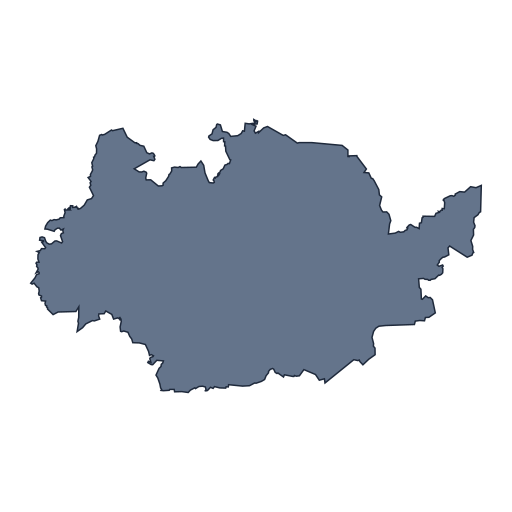 outline of Unión de San Antonio, Jalisco, Mexico
{"feature_id": "50627088B53477617701945", "entity_name": "Unión de San Antonio", "entity_type": "district", "adm_level": 2, "iso_a3": "MEX", "parent_name": "Mexico", "parent_adm1": "Jalisco", "projection": "albers", "projection_center": [-102.055, 21.158], "detail": "fine", "context": "isolated", "style": "filled", "palette": "slate", "viewbox_px": 512, "rotation_deg": 0, "n_neighbors": 0, "source": "geoboundaries", "source_scale": "gbopen_adm2", "svg_char_len": 5996}
<svg xmlns="http://www.w3.org/2000/svg" viewBox="0 0 512 512"><path d="M435.3,312.9L432.5,299.8L430.2,297.5L428.2,297.7L425.7,295.9L422.4,299.3L421.4,299.0L420.9,289.2L419.3,287.4L418.6,278.8L423.6,278.4L425.0,279.3L427.7,279.4L428.5,280.2L430.2,280.3L431.1,279.4L435.0,278.7L438.7,275.1L439.6,275.3L441.4,274.3L442.7,272.8L442.9,268.8L442.1,267.3L443.2,266.1L442.6,265.0L438.9,266.3L437.3,265.0L439.3,262.2L439.2,260.7L440.9,258.9L442.7,257.3L444.6,257.0L448.8,254.8L448.0,247.9L449.6,246.0L467.2,257.2L472.0,255.2L472.8,253.0L473.7,252.5L472.6,249.5L472.7,246.4L470.9,240.5L473.6,235.0L473.4,229.3L474.7,227.6L475.0,225.7L473.6,222.2L474.1,217.6L477.9,214.8L479.3,212.5L480.6,211.8L481.3,185.4L476.0,187.7L470.6,186.7L464.6,192.1L459.7,191.6L455.2,194.1L455.3,195.1L453.8,196.3L451.9,195.6L450.2,195.8L444.7,198.4L443.6,199.3L443.8,200.0L442.7,200.2L443.9,200.4L444.7,202.6L444.3,208.7L442.2,208.5L442.2,210.2L441.3,210.1L439.8,211.6L438.5,211.4L439.2,212.4L436.0,213.3L434.6,216.4L423.0,216.2L423.0,217.4L422.1,217.8L421.4,222.7L419.5,223.2L419.1,228.6L416.6,227.3L415.0,227.3L410.7,224.5L409.2,225.0L407.0,227.4L406.8,227.8L407.7,228.1L406.9,229.9L405.2,230.4L403.8,231.8L400.4,232.3L398.6,231.4L395.3,233.1L388.4,234.0L389.6,223.9L390.8,220.7L389.0,214.3L386.7,211.9L383.0,212.0L381.5,210.2L379.6,205.5L381.7,196.9L379.4,194.9L378.8,189.6L374.2,180.8L372.7,178.6L371.3,178.3L368.8,172.9L364.0,172.5L366.4,169.0L356.5,155.9L357.5,155.6L349.1,155.9L349.1,156.6L347.9,156.5L347.9,150.0L342.1,145.4L311.7,142.6L299.3,142.6L297.3,143.1L285.6,134.8L283.2,135.4L267.5,126.5L263.7,127.9L258.6,132.7L258.6,131.4L255.4,133.2L254.1,130.9L256.0,126.2L251.2,124.1L257.1,124.0L257.6,121.1L256.8,120.6L255.8,121.6L255.2,120.3L253.8,119.5L253.9,120.9L255.1,122.2L254.5,123.1L249.1,123.9L245.2,123.3L244.4,131.2L242.7,130.8L241.2,133.5L237.7,135.7L230.7,136.4L228.8,133.5L227.0,132.3L222.4,131.5L220.4,124.9L217.4,124.0L216.7,124.5L216.0,127.4L213.1,129.7L212.0,133.9L208.9,136.0L208.6,137.2L210.1,139.4L213.2,140.6L217.9,140.5L221.5,138.3L223.5,138.1L223.6,141.7L224.8,141.8L224.6,145.9L225.5,146.1L225.8,151.2L229.8,159.6L230.7,159.9L229.4,163.6L228.1,163.4L227.1,164.4L224.9,165.1L223.2,168.8L220.5,170.5L220.3,171.7L218.0,173.6L217.9,174.3L219.4,174.1L218.6,175.4L217.6,175.5L217.7,176.5L215.4,177.3L215.3,177.9L214.5,177.5L213.2,180.0L214.0,180.9L214.3,182.4L213.2,183.0L209.3,182.6L208.3,180.9L205.0,172.9L203.7,165.3L200.9,161.0L198.1,164.0L196.3,167.2L181.2,167.5L180.0,166.6L178.2,167.5L174.5,167.1L171.6,167.9L171.7,171.0L169.8,174.1L169.0,174.5L168.6,176.4L165.8,180.7L163.1,183.1L163.1,185.2L162.0,185.8L158.3,186.0L150.7,179.8L146.2,179.9L145.7,178.0L146.7,173.3L146.3,172.3L143.9,171.2L141.7,172.0L139.1,171.9L134.2,168.8L150.0,159.8L153.9,160.7L154.9,159.3L153.7,156.4L154.6,156.4L154.8,155.6L153.4,153.4L151.9,152.9L149.5,153.9L146.8,152.7L143.8,146.2L139.9,145.3L138.2,143.7L136.6,143.4L136.6,142.7L134.9,142.8L127.2,137.2L122.9,128.3L112.5,130.7L111.5,130.0L104.6,134.4L102.3,135.0L101.7,134.5L99.6,135.3L97.9,141.4L95.8,145.7L96.6,148.9L96.5,153.3L95.1,154.9L94.5,156.9L93.6,157.2L93.8,158.6L91.8,162.7L92.6,166.2L91.9,166.9L92.6,169.5L92.4,170.8L90.4,174.5L90.5,176.4L88.1,177.5L91.1,181.5L90.1,182.8L90.8,185.3L89.4,187.2L93.5,195.6L91.5,198.6L87.3,199.9L84.2,205.2L80.5,208.4L78.7,209.1L78.3,208.4L77.8,208.8L76.6,206.5L76.1,207.2L75.3,206.8L75.0,207.3L72.6,207.4L72.7,205.8L70.5,205.7L70.2,208.8L69.3,207.6L68.0,208.8L69.7,209.9L65.2,210.0L65.0,209.1L64.4,209.6L65.1,212.6L63.8,216.2L63.9,217.6L60.2,217.8L59.2,219.1L56.1,219.9L54.1,219.6L51.9,220.6L50.3,220.1L47.7,222.6L45.6,226.1L44.9,229.0L47.4,229.2L54.2,231.3L55.0,229.8L57.4,228.2L59.3,228.1L61.0,230.1L63.4,229.0L62.8,230.6L63.4,232.8L61.4,233.6L60.5,235.6L62.6,241.7L61.6,243.0L56.7,240.9L54.9,241.0L51.6,243.8L49.3,244.2L46.9,242.9L45.8,241.4L44.5,237.7L42.1,236.9L40.0,237.5L39.6,240.2L43.4,240.8L43.5,241.6L41.7,242.2L45.6,247.6L44.8,248.7L41.5,248.6L40.3,250.6L37.0,251.4L39.2,252.6L38.0,254.7L37.9,259.0L39.0,262.2L36.7,262.2L36.0,263.2L37.0,264.9L36.6,266.4L37.9,267.9L38.1,269.2L36.1,272.8L38.3,271.7L39.1,272.5L39.1,273.7L36.5,274.7L35.1,277.7L30.7,283.2L32.1,284.1L34.1,283.2L36.9,286.8L38.7,287.7L39.2,291.0L38.6,293.7L39.0,295.0L41.5,296.0L41.5,297.2L40.6,297.8L41.5,300.7L45.6,301.1L45.0,303.4L45.5,305.4L46.7,305.8L46.6,307.0L47.6,307.8L47.5,309.0L53.1,314.6L58.1,312.0L75.9,311.5L78.8,306.8L78.7,317.4L77.9,321.2L78.5,323.3L77.1,331.6L82.6,327.7L85.8,323.9L92.3,320.6L94.4,320.9L99.7,319.1L98.6,315.9L98.9,313.9L104.1,313.7L105.8,311.0L111.8,314.4L113.6,319.1L117.6,317.9L118.6,318.5L119.9,317.5L120.8,318.9L119.7,319.2L120.0,319.9L121.0,319.9L121.3,321.3L120.1,326.9L120.6,331.3L121.6,331.7L123.8,331.0L128.0,332.3L129.7,336.3L131.7,339.0L132.8,342.7L139.3,342.9L145.4,344.5L148.6,351.5L149.5,355.4L151.2,354.6L153.5,355.8L153.0,356.6L150.4,357.5L149.8,358.7L150.9,362.3L148.4,361.3L147.8,362.6L151.2,364.6L152.7,364.7L156.8,360.3L163.4,360.9L162.7,363.1L161.3,364.3L161.0,366.5L159.1,368.3L156.0,375.1L157.8,378.0L159.9,384.1L160.6,387.9L161.6,389.4L161.0,390.4L163.4,390.7L169.2,390.3L169.8,389.4L174.2,389.4L174.6,391.8L181.9,391.6L188.2,392.5L190.4,390.1L194.8,387.8L195.5,388.6L198.9,386.5L202.6,386.2L205.4,387.0L206.0,389.6L205.3,390.7L205.8,390.9L207.5,390.5L210.5,387.3L213.1,388.4L214.5,386.6L219.7,387.9L225.7,388.1L226.1,386.8L228.3,386.9L228.6,384.7L242.6,386.1L249.5,385.7L254.6,383.0L256.1,383.2L261.4,381.4L264.6,379.5L266.1,375.7L268.5,372.8L268.5,371.5L270.2,369.4L272.6,368.5L273.8,369.3L275.2,372.4L277.0,373.5L277.9,373.0L283.5,377.0L284.4,374.8L293.1,376.5L294.0,376.4L294.4,375.5L296.3,376.2L299.4,375.8L303.9,369.6L315.5,374.5L319.3,380.2L324.4,378.8L325.0,383.0L353.8,359.7L358.0,360.6L359.2,360.0L360.0,361.7L362.9,364.8L368.8,359.2L375.1,354.7L375.0,348.1L373.4,346.2L373.6,343.6L372.0,337.4L373.6,331.4L375.8,328.2L378.9,326.2L385.6,325.5L414.4,324.5L415.3,321.1L419.8,320.5L424.5,320.8L425.4,317.5L428.9,317.3L435.3,312.9Z" fill="#64748b" stroke="#1e293b" stroke-width="1.5"/></svg>